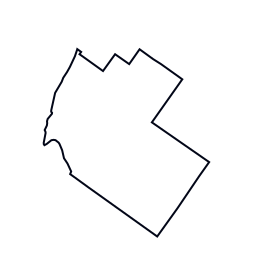 outline of Collier, Florida, United States of America, rotated 36°
{"feature_id": "52423323B17101546722120", "entity_name": "Collier", "entity_type": "district", "adm_level": 2, "iso_a3": "USA", "parent_name": "United States of America", "parent_adm1": "Florida", "projection": "orthographic", "projection_center": [-81.588, 26.16], "detail": "fine", "context": "isolated", "style": "outline", "palette": "ink", "viewbox_px": 256, "rotation_deg": 36, "n_neighbors": 0, "source": "geoboundaries", "source_scale": "gbopen_adm2", "svg_char_len": 734}
<svg xmlns="http://www.w3.org/2000/svg" viewBox="0 0 256 256"><g transform="rotate(36 128 128)"><path d="M91.1,57.5L91.4,75.6L74.2,75.9L74.3,96.6L58.5,96.7L57.0,96.7L45.4,96.8L45.4,94.0L40.6,94.0L40.8,94.5L42.9,101.2L45.1,112.7L45.8,118.6L46.1,125.4L47.2,129.6L48.4,142.4L55.5,158.8L56.3,160.0L57.6,160.3L58.1,161.2L57.7,167.9L58.5,170.1L59.8,171.6L60.9,173.7L61.8,178.6L63.5,179.6L64.3,180.5L68.5,189.5L69.4,190.6L70.5,191.0L71.6,188.7L73.2,182.9L74.8,181.3L76.6,180.4L77.4,180.5L80.4,180.6L82.0,181.2L87.8,184.7L94.0,190.1L99.9,192.3L107.6,196.6L108.3,199.3L130.7,199.3L215.4,198.6L215.2,163.8L213.9,125.2L213.7,107.9L144.0,109.4L143.3,56.7L117.2,56.9L107.8,57.5L91.1,57.5Z" fill="none" stroke="#020617" stroke-width="2"/></g></svg>